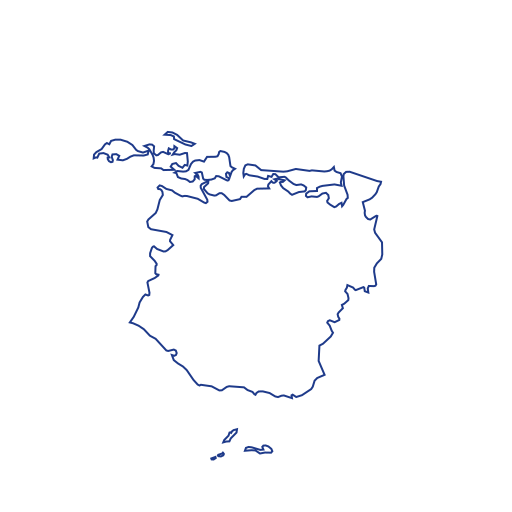 an SVG outline of Camagüey, rotated 328°
{"feature_id": "CUB-1364", "entity_name": "Camagüey", "entity_type": "Province", "adm_level": 1, "iso_a3": "CUB", "parent_name": "Cuba", "parent_adm1": "", "projection": "orthographic", "projection_center": [-77.855, 21.478], "detail": "fine", "context": "isolated", "style": "outline", "palette": "blue", "viewbox_px": 512, "rotation_deg": 328, "n_neighbors": 0, "source": "natural_earth", "source_scale": "10m", "svg_char_len": 6147}
<svg xmlns="http://www.w3.org/2000/svg" viewBox="0 0 512 512"><g transform="rotate(328 256 256)"><path d="M208.8,145.8L211.7,145.1L213.3,146.8L215.5,151.6L219.6,155.9L220.7,159.2L223.8,164.6L225.1,166.4L227.1,167.1L229.2,168.5L236.9,176.6L240.4,183.3L241.5,184.6L243.6,184.3L244.5,182.5L245.3,168.9L246.3,167.1L248.1,166.3L255.4,167.1L253.9,169.0L248.5,170.0L247.3,171.5L248.2,177.2L249.3,179.2L252.7,182.7L254.2,183.4L258.3,183.4L260.2,184.6L261.4,187.4L263.0,194.9L264.6,196.5L272.6,199.3L275.1,198.1L279.3,200.8L289.6,199.2L292.6,199.5L303.0,205.7L303.1,203.2L304.4,201.9L308.7,200.7L309.0,202.5L310.0,203.5L311.5,203.7L313.5,203.3L312.3,200.7L314.7,201.5L320.4,207.0L318.0,207.4L316.3,206.3L315.2,206.3L314.6,209.4L315.0,212.8L317.5,218.4L318.1,221.3L319.0,223.2L326.3,224.5L331.5,227.0L333.1,226.6L334.9,224.5L333.8,221.4L332.2,219.2L327.8,217.2L326.0,214.8L323.9,209.4L322.9,205.2L322.1,203.9L316.9,201.3L315.8,196.9L314.1,195.6L311.1,197.1L308.7,194.5L306.4,196.7L304.0,195.1L299.5,189.5L293.1,184.0L291.3,181.2L290.1,180.9L287.8,182.0L289.2,178.9L291.9,175.6L295.0,173.5L297.6,173.9L303.5,178.9L305.9,185.9L323.9,199.0L327.3,200.7L335.9,203.3L346.5,212.2L348.8,213.0L358.8,220.6L361.3,221.8L363.6,222.6L366.2,222.6L369.2,221.8L367.9,225.2L368.8,227.4L371.6,230.6L371.0,234.2L366.9,238.6L365.8,241.8L360.5,236.9L349.6,231.8L346.9,231.0L343.7,230.7L342.2,233.2L335.5,229.4L331.6,229.7L330.2,231.5L330.8,233.5L334.7,234.9L339.0,238.2L340.7,238.6L345.4,238.2L348.8,239.5L349.6,242.6L348.4,245.6L345.5,247.0L345.0,248.5L346.1,251.7L348.3,256.1L350.2,256.5L354.0,255.9L356.7,256.2L355.4,259.4L357.0,258.9L363.0,255.6L364.6,255.4L366.1,252.6L368.1,242.9L372.4,234.7L373.8,233.0L377.0,232.4L380.1,234.2L398.4,256.6L401.4,259.3L399.7,261.0L397.0,262.1L392.2,265.9L390.0,266.9L385.4,268.1L382.4,268.2L375.1,266.9L372.4,275.3L371.0,277.0L370.0,279.3L369.9,281.0L370.6,284.0L372.2,285.6L378.7,285.6L379.7,285.8L380.1,286.4L370.3,296.1L369.3,299.4L370.1,311.2L363.9,321.6L360.7,324.8L354.6,326.3L350.1,328.6L347.8,332.0L342.9,343.8L341.5,344.5L340.1,344.1L335.8,341.2L333.6,342.7L331.9,346.5L329.6,343.5L331.0,340.2L330.6,339.3L322.5,337.8L322.0,337.0L321.6,334.2L318.1,329.1L316.3,331.0L313.9,332.2L312.9,333.2L313.5,336.7L312.1,340.8L310.9,342.3L305.6,343.2L302.9,343.0L302.0,346.3L296.1,347.7L294.4,348.6L293.5,351.1L293.5,353.4L292.7,354.4L287.6,353.8L284.5,349.6L282.4,349.4L281.1,350.3L281.6,354.1L280.6,359.5L280.6,361.9L276.7,363.9L266.3,365.9L262.3,365.6L253.5,378.2L251.2,393.1L243.3,391.9L239.6,392.8L234.9,396.9L232.3,398.1L221.2,398.4L215.4,396.9L213.6,393.0L212.3,393.0L211.2,395.6L205.7,389.0L203.6,388.0L199.9,387.3L197.9,385.3L194.9,379.4L190.0,374.4L186.5,372.3L183.8,372.4L182.0,373.4L181.4,372.4L181.0,369.4L177.8,365.2L176.2,361.0L164.2,352.2L161.8,351.5L155.9,351.8L153.7,350.6L149.3,343.0L141.0,336.0L139.5,335.9L138.4,334.1L137.3,327.9L136.8,316.1L135.5,311.0L132.9,305.8L131.1,300.7L132.2,295.4L133.8,297.3L135.7,297.5L137.3,296.3L137.9,293.7L136.7,291.8L131.2,290.0L129.9,288.6L127.0,273.0L123.8,267.4L122.1,258.7L119.5,252.9L116.1,247.9L113.8,245.5L120.1,242.8L128.9,237.3L132.7,233.7L138.4,230.8L141.8,230.0L143.6,232.3L144.8,232.5L146.2,230.7L149.9,220.9L151.4,220.1L158.5,221.0L162.9,220.7L163.4,220.2L161.7,218.5L161.5,217.2L165.4,211.4L166.9,211.0L167.6,210.0L167.5,206.4L166.1,200.0L167.7,197.5L172.0,194.0L173.4,193.5L174.6,193.7L175.8,197.6L180.0,203.2L181.7,204.1L184.1,204.2L191.6,202.9L190.9,197.9L191.7,196.8L196.2,194.0L192.8,188.2L181.1,177.6L180.0,174.4L182.0,169.1L184.1,168.0L193.7,166.4L197.0,164.3L204.1,157.5L209.3,154.9L210.6,152.1L210.7,150.0L210.0,148.4L208.6,147.4L208.8,145.8ZM284.4,151.0L285.7,153.2L286.1,155.5L285.6,158.0L282.0,166.2L282.5,167.9L284.4,170.9L281.8,171.0L279.8,171.8L276.3,174.6L277.1,171.3L276.0,169.8L274.1,170.4L272.8,173.3L274.0,175.1L274.1,176.4L272.8,177.2L271.8,176.9L271.2,176.1L266.7,168.7L264.6,167.1L262.2,168.3L258.6,167.5L255.0,165.7L252.6,164.0L252.2,162.4L254.3,156.5L253.5,155.2L248.5,153.4L249.6,156.6L249.4,158.1L248.5,159.7L247.3,155.9L246.3,155.9L244.6,158.5L241.8,159.3L239.2,158.2L238.1,155.2L236.6,153.1L233.7,150.7L231.6,147.7L232.4,143.5L231.2,142.2L234.4,142.3L238.9,145.8L241.5,147.1L244.3,147.2L249.7,143.5L252.6,142.6L255.0,142.8L258.9,144.7L261.9,148.4L267.0,146.0L274.3,150.4L276.2,151.0L278.4,149.8L279.8,148.3L281.4,148.1L284.4,151.0ZM189.6,100.9L193.1,98.6L191.5,95.6L188.1,93.8L186.2,95.4L185.4,98.9L184.2,100.1L182.7,99.6L181.6,97.7L181.6,95.4L182.3,94.0L183.8,94.7L183.9,91.5L181.2,87.9L177.3,86.1L173.5,88.5L172.6,87.6L170.1,87.2L172.4,84.2L175.7,83.3L181.7,83.5L187.1,81.3L189.4,81.2L190.8,83.5L194.1,81.6L198.4,82.8L202.7,85.5L207.4,90.9L210.0,96.4L210.6,102.5L211.4,104.4L215.0,108.4L220.8,109.7L218.0,112.5L214.0,111.3L205.8,105.9L202.1,105.2L198.0,105.2L193.8,104.3L189.6,100.9ZM223.1,134.1L222.0,131.4L216.6,127.5L215.0,124.7L217.7,123.7L219.9,121.3L221.3,118.3L221.9,115.4L222.1,108.8L221.5,106.7L219.7,103.6L224.8,104.9L226.9,106.5L227.7,109.0L225.0,112.5L223.8,114.8L224.8,117.8L226.3,118.4L230.4,117.8L232.4,118.5L235.6,123.3L238.1,123.6L235.9,122.2L237.3,120.1L239.1,118.5L240.4,120.7L242.1,121.8L243.7,121.5L245.0,119.6L246.3,122.7L244.5,124.1L241.4,124.8L239.1,125.9L241.1,126.5L245.0,129.7L250.3,131.0L252.0,132.2L248.2,139.8L245.7,142.9L243.8,141.0L240.4,142.2L238.1,138.5L237.4,134.8L233.8,133.6L231.0,135.0L232.4,139.6L223.1,134.1ZM165.6,424.1L166.8,427.7L166.4,430.2L164.6,430.8L159.4,427.4L154.7,425.6L152.5,420.6L149.4,418.4L143.4,415.3L145.8,413.4L148.5,414.0L151.0,416.0L156.9,422.7L159.7,424.1L160.2,421.2L161.8,420.7L163.8,421.8L165.6,424.1ZM248.5,113.5L249.7,111.1L247.8,108.3L242.8,104.7L246.9,104.0L250.6,107.0L253.3,111.5L255.4,119.4L261.1,125.2L263.5,128.4L259.5,128.5L255.2,124.0L248.5,113.5ZM148.1,392.8L145.9,395.4L137.9,397.3L135.2,399.1L132.5,397.6L129.5,396.7L131.6,395.2L137.5,393.8L140.0,391.7L140.9,392.0L141.2,392.8L143.0,391.9L144.8,391.8L148.1,392.8ZM123.3,404.5L123.8,405.2L123.8,406.9L122.6,407.7L120.0,407.4L118.1,405.9L117.9,405.1L118.6,404.6L123.6,405.8L123.3,404.5ZM110.8,404.0L115.1,404.9L114.8,406.0L112.2,406.1L110.6,405.0L110.8,404.0Z" fill="none" stroke="#1e3a8a" stroke-width="2"/></g></svg>